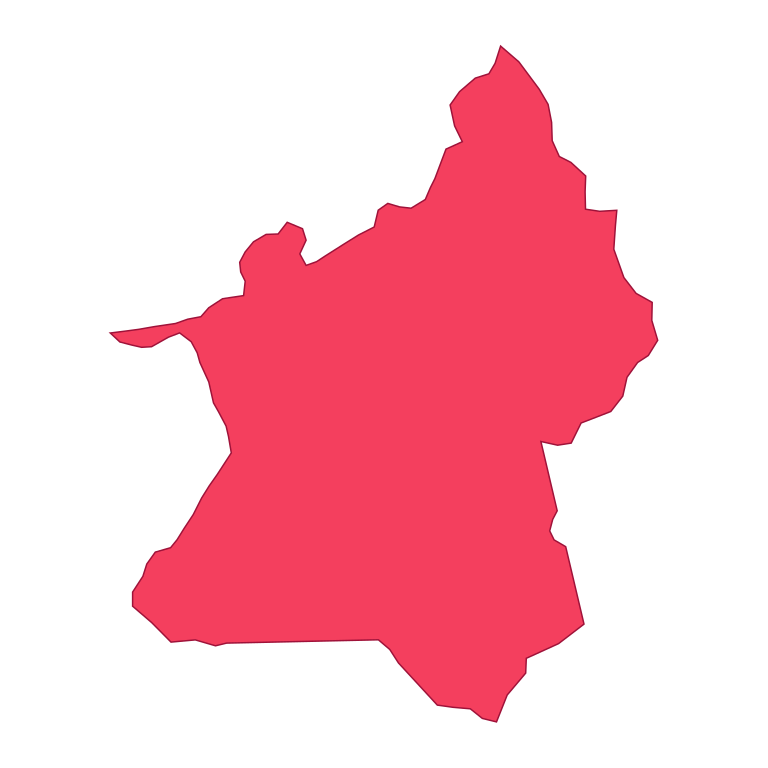 Ouro Verde de Goiás, Goiás, Brazil (Albers equal-area conic projection)
{"feature_id": "56859067B9347116890532", "entity_name": "Ouro Verde de Goiás", "entity_type": "district", "adm_level": 2, "iso_a3": "BRA", "parent_name": "Brazil", "parent_adm1": "Goiás", "projection": "albers", "projection_center": [-49.231, -16.245], "detail": "fine", "context": "isolated", "style": "filled", "palette": "rose", "viewbox_px": 768, "rotation_deg": 0, "n_neighbors": 0, "source": "geoboundaries", "source_scale": "gbopen_adm2", "svg_char_len": 1589}
<svg xmlns="http://www.w3.org/2000/svg" viewBox="0 0 768 768"><path d="M584.0,624.1L565.7,546.7L554.1,539.9L549.7,530.9L552.7,519.4L557.2,510.8L540.9,441.5L557.6,445.2L571.2,443.1L581.1,423.0L610.8,411.5L622.8,396.1L627.0,377.3L637.6,362.5L648.3,355.5L657.7,340.3L651.8,320.4L652.2,302.4L636.1,293.4L623.9,277.6L613.8,249.2L615.4,226.0L616.8,210.3L599.7,211.3L585.5,209.2L585.1,191.8L585.7,176.0L570.9,162.4L559.3,156.5L552.2,140.7L551.6,122.4L548.1,104.4L539.2,89.2L518.9,61.9L500.6,46.1L495.1,63.3L488.9,73.8L475.3,78.1L459.6,91.6L450.1,105.0L454.6,125.9L462.3,141.7L446.0,149.1L434.9,178.6L430.4,187.6L425.3,199.5L411.1,208.2L399.5,206.9L387.8,203.4L378.2,210.2L374.2,227.0L358.5,235.0L343.3,244.5L325.2,256.0L316.5,261.7L306.1,265.4L299.8,253.9L306.1,240.2L302.5,228.7L287.2,222.3L278.1,234.0L266.1,234.4L253.5,241.8L245.2,251.9L239.7,262.3L240.7,272.0L245.2,281.2L243.6,295.6L222.6,298.7L208.8,307.7L200.9,316.7L187.7,319.2L175.5,323.5L154.4,326.6L139.0,329.3L127.0,330.9L110.3,333.0L119.9,342.0L131.9,345.1L141.6,347.3L151.6,346.7L168.4,337.2L179.6,332.9L191.2,341.7L197.2,352.8L199.9,362.5L208.8,382.0L213.5,402.9L218.6,411.9L226.1,426.1L228.5,436.5L231.3,452.9L217.1,474.7L209.4,485.6L201.7,497.9L193.3,514.5L184.2,528.3L177.1,539.7L170.6,547.7L155.3,552.1L146.8,564.0L142.9,576.3L132.6,592.1L132.6,606.2L151.7,622.6L171.0,642.1L195.3,639.9L215.5,645.8L226.6,643.1L378.4,639.8L389.8,649.5L398.5,663.0L437.3,705.1L453.0,707.3L470.3,708.8L482.3,718.4L496.5,721.9L507.2,695.0L525.7,673.1L526.3,658.3L558.6,643.6L584.0,624.1Z" fill="#f43f5e" stroke="#9f1239" stroke-width="1.5"/></svg>